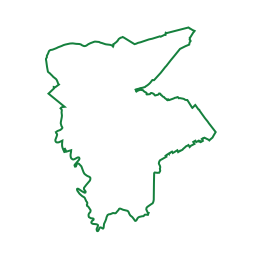 the district of Mosquera, Cundinamarca, Colombia, rotated 95°
{"feature_id": "7082276B63365049346428", "entity_name": "Mosquera", "entity_type": "district", "adm_level": 2, "iso_a3": "COL", "parent_name": "Colombia", "parent_adm1": "Cundinamarca", "projection": "orthographic", "projection_center": [-74.234, 4.678], "detail": "fine", "context": "isolated", "style": "outline", "palette": "green", "viewbox_px": 256, "rotation_deg": 95, "n_neighbors": 0, "source": "geoboundaries", "source_scale": "gbopen_adm2", "svg_char_len": 5747}
<svg xmlns="http://www.w3.org/2000/svg" viewBox="0 0 256 256"><g transform="rotate(95 128 128)"><path d="M25.5,70.1L24.8,72.2L23.3,75.2L23.4,75.3L22.6,76.5L30.1,97.8L29.8,98.7L30.2,98.8L30.7,98.6L30.8,98.8L32.0,98.8L31.9,99.5L34.2,103.4L33.9,104.2L37.0,111.8L37.9,114.8L41.5,123.0L42.3,125.4L43.3,127.2L43.9,128.8L38.1,140.4L37.8,141.3L38.3,141.9L38.7,143.2L39.9,144.7L40.2,145.0L42.3,146.1L42.7,146.6L43.3,146.9L44.2,148.0L45.2,148.9L45.7,149.9L46.1,150.0L46.9,149.7L47.4,149.7L48.2,150.0L47.3,150.9L47.1,151.4L46.9,152.1L46.7,153.1L46.6,156.6L46.5,157.8L45.6,161.5L45.4,162.9L44.8,164.4L44.8,165.3L44.8,168.3L45.0,169.1L47.0,173.3L47.4,173.7L47.7,174.5L49.5,176.6L50.0,177.6L50.2,178.3L50.2,179.0L50.0,179.8L49.4,181.4L48.9,182.1L48.6,183.5L48.6,185.3L48.7,186.7L48.5,190.4L48.9,193.1L50.3,197.6L51.0,199.4L52.1,201.3L53.6,204.5L54.7,206.3L56.1,209.1L56.6,210.2L57.1,212.1L58.0,213.2L58.6,213.5L61.0,214.2L62.8,215.0L63.1,215.1L64.7,215.0L66.1,215.7L66.9,215.7L69.2,215.1L74.1,214.0L78.8,212.7L79.3,212.3L80.2,210.8L81.5,209.3L82.2,208.4L83.0,207.5L83.3,207.3L85.5,204.0L86.1,203.4L88.2,202.2L89.4,201.7L90.3,201.1L90.7,200.6L93.6,203.9L93.8,204.4L93.6,205.6L93.8,205.6L94.5,204.9L94.8,205.0L100.7,210.2L112.4,193.0L112.9,195.4L113.5,196.3L114.3,196.9L115.1,196.0L115.9,195.5L118.4,195.5L121.3,194.9L122.8,194.9L127.9,195.4L129.2,195.4L131.7,194.5L133.1,193.5L133.6,193.4L134.5,193.9L135.8,195.2L137.1,197.9L137.9,198.9L138.3,199.2L138.8,199.2L138.8,199.3L139.3,199.1L140.1,198.3L140.9,198.0L142.8,198.4L146.0,199.3L146.4,199.3L147.4,199.1L148.1,198.6L148.5,198.0L148.5,196.5L148.1,195.3L146.3,192.3L149.4,192.3L151.6,192.1L153.4,191.5L155.2,190.6L157.5,189.3L157.2,188.5L154.7,190.0L154.2,189.0L156.9,187.3L155.1,182.7L157.0,182.7L159.1,182.9L160.8,182.8L162.2,182.4L162.8,182.1L163.3,181.7L163.6,181.2L164.0,180.6L164.1,180.1L164.1,179.6L163.7,178.6L161.8,175.7L161.6,174.9L161.8,174.1L162.2,173.9L162.7,173.7L163.4,173.8L163.9,174.0L169.3,177.9L170.0,178.0L171.1,177.4L171.0,176.9L170.8,176.5L168.5,175.9L168.1,175.7L167.7,175.0L167.7,174.5L168.0,173.7L170.3,171.1L175.8,168.5L177.2,167.6L177.8,166.9L179.0,165.0L179.5,163.8L180.0,162.3L180.6,161.4L181.2,161.1L182.4,161.1L182.8,161.1L183.9,161.5L188.4,164.7L191.4,166.6L192.6,166.6L192.9,166.4L193.4,166.1L194.6,165.0L195.0,164.7L195.4,164.7L196.0,164.8L196.2,165.3L196.2,165.7L195.1,168.3L192.9,172.2L192.9,173.1L193.2,173.4L193.9,173.4L194.6,173.1L195.1,172.8L197.7,170.6L199.0,168.9L199.9,167.6L200.9,165.5L201.4,165.0L204.6,163.2L205.4,162.4L206.2,162.0L207.2,162.0L207.9,162.3L208.7,162.1L209.3,161.8L209.6,161.0L210.2,160.4L213.0,158.2L213.3,158.1L214.2,158.1L215.1,158.3L216.4,159.3L217.5,159.7L218.4,159.7L219.7,159.4L220.2,159.1L221.1,157.2L221.2,155.0L221.4,154.5L221.8,154.3L222.2,154.3L222.7,154.5L223.3,155.3L224.0,155.9L224.6,156.2L225.2,156.3L225.6,156.2L226.1,155.7L226.5,155.0L226.6,153.8L226.6,151.7L226.7,150.7L227.1,149.7L227.3,149.5L227.6,149.4L228.2,149.4L231.2,150.4L232.0,150.4L233.2,149.9L233.4,149.5L233.3,149.1L233.0,148.7L229.8,147.5L229.5,147.2L229.4,146.4L230.4,144.2L230.0,143.8L229.3,143.6L225.6,143.5L222.3,142.3L220.4,141.8L218.8,141.6L217.4,141.1L216.4,140.7L215.6,139.4L215.4,138.2L214.0,135.5L214.1,133.4L213.9,133.0L213.8,132.7L210.3,130.2L209.5,129.9L209.1,129.5L209.0,128.8L209.1,128.2L209.9,125.7L210.5,121.6L211.0,120.6L212.0,119.9L213.4,119.2L214.4,118.5L215.0,118.0L216.3,116.0L217.9,114.5L219.6,113.1L219.9,112.7L219.8,112.2L219.1,111.5L217.0,110.6L216.1,109.8L215.6,109.0L214.7,106.3L214.5,105.0L214.3,104.7L213.0,103.8L212.9,103.5L212.7,102.2L212.8,100.6L210.9,100.1L210.9,100.7L208.3,102.3L207.5,102.7L206.0,102.6L205.2,102.1L204.6,101.5L201.6,97.9L200.9,96.9L199.2,96.3L197.2,96.1L179.9,97.4L170.8,98.0L170.3,97.8L170.0,97.5L170.1,94.8L169.8,93.0L168.8,92.6L168.3,92.3L167.7,92.2L165.7,92.7L165.0,92.5L164.0,92.5L162.9,92.9L160.9,94.1L160.4,94.2L158.5,93.9L157.8,93.4L157.4,93.3L153.3,87.3L152.4,88.1L151.5,86.9L151.3,87.0L150.3,85.5L150.2,85.5L150.1,85.4L149.9,85.1L150.0,85.0L149.9,85.0L149.8,84.8L149.7,84.9L147.7,82.1L149.0,81.2L147.0,78.4L145.9,77.0L147.1,76.3L147.0,76.2L147.6,75.9L146.3,74.4L146.5,74.3L144.9,71.8L144.2,71.4L141.6,68.9L141.4,68.8L140.9,68.2L140.6,67.5L139.7,66.3L141.6,64.9L140.2,63.8L138.1,60.4L136.2,61.8L134.8,59.8L135.8,59.1L136.1,58.8L134.5,56.5L135.3,55.9L134.7,55.2L135.6,54.6L135.3,54.2L135.5,54.0L134.3,52.3L133.2,53.0L132.9,52.8L132.4,53.3L131.8,52.2L131.6,52.3L131.0,51.0L132.7,46.7L133.3,45.9L132.4,45.2L130.2,43.0L127.9,42.0L124.4,40.3L116.2,47.9L114.7,49.1L111.6,52.1L107.3,55.8L104.6,58.1L103.6,58.6L103.6,59.1L103.4,59.4L99.4,62.8L99.2,63.0L102.4,65.6L102.3,65.8L95.0,71.3L95.1,71.8L94.9,73.6L94.2,74.8L94.0,75.8L93.7,78.7L93.9,80.1L93.1,80.7L92.9,81.5L93.5,82.5L93.8,83.8L94.6,85.1L96.5,89.2L96.4,89.3L96.7,90.3L96.0,90.3L95.9,90.4L95.9,90.7L96.0,90.9L96.6,91.1L96.7,91.4L96.6,91.7L96.0,92.2L95.1,93.8L94.0,94.9L93.9,95.5L93.5,96.3L93.3,96.6L92.7,97.0L92.2,98.1L91.3,98.6L90.9,99.2L90.9,100.0L91.8,100.5L92.2,101.0L93.2,103.7L93.1,104.2L92.0,105.1L91.8,105.4L91.4,106.3L91.1,107.4L91.1,108.0L91.3,108.4L92.0,108.8L92.4,109.3L92.8,111.3L92.9,112.3L92.7,112.5L91.8,112.4L91.4,112.7L91.0,113.3L90.5,114.6L89.6,115.9L88.9,116.6L89.0,117.4L88.7,117.7L89.0,118.3L88.9,119.4L89.0,119.5L90.2,121.9L91.0,122.8L90.8,123.1L89.6,123.5L89.1,123.8L88.8,123.3L87.9,120.6L88.7,119.8L88.7,119.6L87.5,119.8L87.2,119.2L86.7,117.2L85.7,114.7L85.5,114.4L84.9,113.9L83.7,112.3L82.2,110.8L81.0,109.8L78.1,107.9L78.1,106.9L78.1,106.3L77.9,106.1L70.3,100.3L63.9,96.1L63.1,95.4L56.6,91.2L52.7,88.5L44.7,83.1L41.5,77.9L39.6,74.3L38.2,74.2L37.2,74.0L36.1,73.3L35.9,73.2L35.3,73.5L34.9,74.1L34.6,74.3L33.7,74.1L32.9,74.4L31.8,73.6L27.6,71.5L26.9,71.1L26.4,70.6L25.5,70.1Z" fill="none" stroke="#15803d" stroke-width="2"/></g></svg>